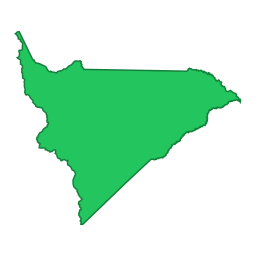 the district of Picunches, Neuquén, Argentina
{"feature_id": "61730980B43835404707600", "entity_name": "Picunches", "entity_type": "district", "adm_level": 2, "iso_a3": "ARG", "parent_name": "Argentina", "parent_adm1": "Neuquén", "projection": "albers", "projection_center": [-70.26, -38.618], "detail": "fine", "context": "isolated", "style": "filled", "palette": "green", "viewbox_px": 256, "rotation_deg": 0, "n_neighbors": 0, "source": "geoboundaries", "source_scale": "gbopen_adm2", "svg_char_len": 5711}
<svg xmlns="http://www.w3.org/2000/svg" viewBox="0 0 256 256"><path d="M82.7,224.4L127.1,181.6L151.0,159.3L151.4,159.4L151.7,159.1L153.2,159.4L153.4,159.2L153.8,159.6L154.7,159.7L155.4,159.4L155.5,159.0L156.4,159.3L157.3,158.2L158.0,158.6L159.3,157.8L159.7,158.0L161.4,157.5L162.0,157.7L162.8,157.9L163.1,157.1L163.7,157.0L163.7,156.6L164.2,156.1L164.8,156.2L165.2,155.9L165.9,155.2L165.8,154.5L166.3,154.1L166.4,153.7L167.9,152.5L167.8,151.6L168.2,151.2L168.2,150.3L169.0,150.1L169.2,149.2L169.9,148.6L170.1,148.1L170.5,147.8L170.9,148.0L171.1,147.1L171.6,146.7L171.8,145.4L172.4,145.4L172.5,144.9L173.9,143.9L174.9,144.3L176.1,143.0L176.6,142.9L176.6,142.4L176.2,142.2L176.5,141.8L176.9,142.0L177.4,141.5L177.7,141.9L178.4,141.4L178.7,141.6L179.4,141.2L179.6,140.6L180.1,140.7L180.4,140.1L180.2,139.4L180.7,138.5L181.3,138.2L181.3,137.6L182.1,137.0L182.2,136.1L183.0,136.0L182.8,135.6L183.3,134.8L184.2,134.9L184.2,134.1L185.5,133.5L186.5,132.2L187.1,132.4L187.4,132.0L188.5,132.6L188.8,132.2L188.2,131.9L188.5,131.6L189.3,131.8L189.5,131.5L190.7,131.3L191.0,131.7L192.0,131.6L193.3,130.6L194.5,130.5L194.6,130.0L195.3,129.8L195.3,128.9L195.8,129.1L196.2,128.6L196.4,128.6L196.5,128.9L196.8,128.5L197.5,128.9L197.9,128.7L198.0,128.2L199.8,127.6L199.8,126.9L200.5,127.1L200.6,126.6L202.2,126.5L202.2,125.9L203.2,125.7L203.9,125.2L204.2,125.4L205.1,125.4L205.1,125.1L204.7,124.9L206.1,123.8L205.8,123.2L206.4,123.0L206.2,122.6L206.8,122.0L206.6,121.4L207.1,121.3L207.4,120.3L207.0,120.1L207.3,119.6L207.2,119.1L207.6,118.0L206.9,117.3L207.3,117.1L207.0,116.3L207.5,115.4L207.4,115.0L207.6,114.6L207.4,114.1L207.6,113.9L207.6,113.3L208.4,113.0L208.7,112.5L208.7,111.0L209.5,110.8L209.5,110.1L210.3,110.2L210.3,109.7L210.8,109.9L211.3,109.8L212.2,109.0L212.1,108.5L212.5,108.5L213.2,107.9L215.1,108.6L215.7,108.0L216.3,108.4L216.5,107.8L217.3,107.8L217.6,107.3L217.9,107.8L218.3,107.4L218.9,107.4L220.0,108.0L220.9,107.6L221.5,107.7L221.9,107.2L222.6,107.2L222.8,106.8L223.2,106.7L223.1,106.2L224.6,105.7L225.0,105.2L225.1,104.7L226.8,104.5L227.8,103.7L227.8,103.3L228.2,103.1L228.3,102.6L228.1,102.5L229.2,101.4L229.8,101.5L230.4,101.2L230.7,101.6L231.1,101.1L231.7,101.2L231.9,100.8L232.4,101.1L233.0,100.6L234.1,100.5L234.6,100.2L234.9,100.4L235.3,100.1L235.7,100.3L236.3,99.8L237.5,99.9L237.9,100.4L238.1,99.7L238.3,100.6L238.7,100.9L239.3,100.8L239.5,101.3L240.2,101.5L240.3,101.9L240.6,101.1L240.3,99.5L240.0,99.2L238.8,98.9L238.3,97.5L236.3,96.2L236.5,94.7L235.7,93.5L233.2,92.7L230.5,90.4L228.0,91.6L226.8,91.3L225.8,90.7L225.6,90.3L225.5,88.8L224.4,86.7L223.9,86.4L222.5,86.5L222.1,85.6L221.2,85.2L221.1,84.3L221.6,82.2L219.9,81.8L219.2,80.3L218.7,80.0L217.3,81.0L216.2,80.9L216.0,79.9L215.5,79.7L214.8,78.7L214.8,77.7L213.9,77.3L212.9,75.7L211.5,75.4L211.5,75.1L211.9,74.7L211.8,74.4L209.5,74.5L209.7,73.3L208.5,72.7L208.2,73.1L207.8,73.2L208.1,74.1L207.7,74.4L207.4,74.3L207.3,73.8L206.0,72.4L205.1,72.6L204.8,71.8L204.4,71.6L203.7,72.4L203.3,72.3L203.2,71.3L201.9,71.1L201.4,70.5L200.4,70.3L199.7,70.8L198.6,70.8L198.3,70.2L197.8,70.1L197.0,70.6L196.4,69.7L194.4,69.9L192.0,69.5L191.0,68.7L189.9,68.7L189.5,68.3L188.3,69.0L188.0,70.1L186.8,71.2L83.7,69.4L83.6,68.6L82.7,67.7L82.3,66.8L81.7,66.8L81.3,65.7L81.9,64.8L81.8,64.3L81.0,63.4L80.7,62.7L81.3,62.1L81.2,61.5L80.0,60.8L78.9,61.3L75.9,60.9L74.9,61.2L73.5,62.2L73.5,62.6L71.1,65.0L68.4,66.3L67.0,68.0L65.7,68.9L65.3,69.2L64.0,68.9L61.8,70.6L58.1,71.3L57.1,72.2L56.9,72.8L52.1,72.0L51.0,71.4L51.0,71.7L50.5,71.8L49.4,71.7L47.6,70.1L46.4,67.6L45.4,66.5L39.3,63.6L35.8,62.9L34.8,61.8L34.0,60.0L32.9,59.9L19.2,31.7L18.2,31.6L16.6,32.5L16.1,33.3L15.4,33.7L17.6,35.8L17.6,36.3L18.3,37.8L18.2,38.8L20.5,39.5L20.4,41.1L22.4,42.8L22.6,44.2L22.4,45.2L22.5,46.5L22.3,47.1L22.4,48.8L21.7,50.3L19.8,50.2L18.8,50.9L19.6,53.5L19.3,55.7L18.7,56.9L17.2,57.8L20.7,60.1L20.4,62.2L20.7,63.0L20.5,64.1L21.6,64.8L22.4,65.9L22.5,67.0L22.2,67.8L22.4,68.4L21.7,68.9L22.0,70.2L21.8,71.8L21.9,72.5L22.4,72.8L22.3,73.8L22.7,75.4L22.6,78.0L24.0,78.8L24.8,79.8L24.6,80.7L24.1,81.7L24.5,83.7L24.3,86.1L25.2,89.4L24.7,92.4L25.3,93.1L25.3,93.9L25.7,94.7L26.4,95.0L27.0,94.5L28.4,94.8L29.5,96.1L29.8,96.8L30.4,97.4L30.5,98.1L33.0,100.5L32.9,102.3L33.2,102.8L35.3,104.7L35.8,105.7L35.8,106.3L37.5,107.2L39.5,107.3L42.3,108.1L42.7,108.6L42.9,110.1L43.9,111.3L45.9,112.7L46.7,115.3L47.2,115.6L46.9,116.2L47.0,117.3L46.8,117.7L47.5,118.4L46.9,120.5L47.1,122.1L47.3,122.4L48.2,122.4L48.5,122.9L48.2,124.1L47.2,125.3L47.4,125.6L47.3,126.3L46.9,127.0L45.7,127.3L45.5,127.8L44.6,128.1L43.3,129.3L42.6,130.6L42.7,131.0L41.3,132.2L40.0,132.6L38.2,135.3L38.0,136.9L37.6,137.3L36.9,137.4L37.1,137.9L36.6,139.2L37.5,140.5L37.5,141.8L38.8,143.1L39.9,143.4L40.0,144.1L39.4,145.2L39.7,145.9L39.1,147.7L41.5,148.1L43.4,147.8L45.3,148.2L45.6,148.9L45.3,149.7L47.1,150.0L47.7,150.7L49.4,151.0L49.9,152.0L51.8,151.5L54.2,149.8L55.3,149.8L55.8,150.6L55.5,151.5L55.6,152.9L55.2,153.4L56.7,154.5L57.5,157.6L58.3,158.3L60.4,159.1L61.0,160.6L61.5,160.8L63.6,159.6L64.3,159.5L66.9,160.9L67.8,160.5L67.8,161.3L67.5,162.0L67.5,163.0L67.7,163.6L67.6,164.3L68.0,165.1L69.2,165.5L70.9,167.2L72.2,170.0L73.6,170.5L75.0,172.2L75.5,173.8L75.4,174.8L74.8,175.7L73.1,179.8L73.1,183.7L73.6,186.2L74.1,187.1L74.8,187.6L75.7,188.8L76.9,189.3L77.1,190.0L77.0,191.2L77.5,191.6L77.5,192.3L78.4,193.7L78.5,195.0L79.3,195.8L80.5,197.6L81.3,198.2L82.2,199.3L81.3,199.8L80.4,200.9L78.9,201.6L78.5,203.0L78.8,204.4L79.8,204.8L79.5,205.6L79.6,206.8L81.1,208.1L80.9,208.7L81.1,209.7L80.0,209.8L79.7,210.2L79.5,211.7L78.9,213.0L78.7,213.9L79.0,215.4L79.4,215.9L80.1,217.4L80.9,217.9L81.1,218.4L80.9,219.1L81.2,220.0L80.5,220.3L80.2,220.9L81.2,221.9L80.8,224.2L82.7,224.4Z" fill="#22c55e" stroke="#15803d" stroke-width="1.5"/></svg>